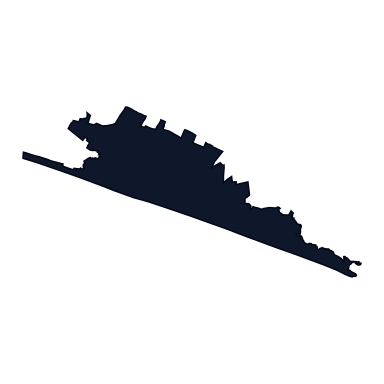 Benito Juárez, Guerrero, Mexico
{"feature_id": "50627088B69658113715616", "entity_name": "Benito Juárez", "entity_type": "district", "adm_level": 2, "iso_a3": "MEX", "parent_name": "Mexico", "parent_adm1": "Guerrero", "projection": "orthographic", "projection_center": [-100.362, 17.086], "detail": "fine", "context": "isolated", "style": "filled", "palette": "ink", "viewbox_px": 384, "rotation_deg": 0, "n_neighbors": 0, "source": "geoboundaries", "source_scale": "gbopen_adm2", "svg_char_len": 5913}
<svg xmlns="http://www.w3.org/2000/svg" viewBox="0 0 384 384"><path d="M291.1,210.9L288.7,215.1L282.7,214.8L281.6,213.7L279.6,212.5L278.8,210.1L279.4,208.4L280.0,208.4L279.4,207.6L278.7,207.3L278.1,207.1L277.3,207.2L275.5,208.2L274.4,207.9L269.1,207.6L263.8,208.5L262.7,209.0L260.8,209.1L257.7,207.9L255.4,207.5L253.1,206.7L252.6,207.1L251.9,208.7L251.2,209.1L250.7,208.8L250.4,208.5L250.3,207.9L250.9,206.5L250.9,206.0L250.3,205.2L248.8,203.7L244.9,203.4L245.0,200.0L244.7,199.4L245.9,197.5L246.6,197.5L247.0,197.4L247.3,196.7L247.4,195.8L247.9,195.7L248.5,196.1L249.2,195.5L249.5,194.7L247.9,181.9L236.0,184.6L236.3,181.8L232.3,181.9L231.6,176.5L227.1,179.5L225.9,180.8L223.4,182.7L223.5,175.5L224.1,167.6L224.0,165.0L222.9,165.4L221.3,163.9L220.2,162.7L211.7,167.6L214.6,161.6L222.7,151.5L213.3,147.1L212.3,146.6L212.5,146.1L209.6,144.4L209.4,144.6L208.3,144.2L208.2,144.3L205.8,142.6L203.7,147.3L195.4,143.9L193.7,143.0L192.7,142.4L193.9,140.3L195.4,136.2L195.8,135.5L195.4,135.1L192.8,133.4L188.2,131.0L184.9,129.7L184.4,130.4L183.7,131.9L182.1,135.8L180.9,138.1L177.9,136.1L173.3,133.6L172.4,132.9L168.7,131.0L163.2,129.5L163.6,126.4L164.0,126.6L164.3,125.3L163.5,125.0L163.7,124.7L164.9,123.1L165.2,121.7L160.9,119.8L160.5,121.1L159.2,123.4L158.4,124.6L157.6,125.6L156.6,127.2L156.3,128.0L156.3,129.2L152.1,128.8L148.2,127.2L145.7,125.9L145.5,126.0L144.8,127.3L141.4,126.7L141.7,126.3L141.2,125.7L140.9,125.6L141.9,123.8L143.4,121.0L145.0,119.0L146.1,116.3L145.1,115.8L144.0,115.7L142.4,114.7L140.8,113.9L138.9,113.3L137.1,112.5L136.7,113.3L136.2,112.3L136.4,111.8L136.1,111.7L134.1,110.8L133.2,110.1L130.4,108.5L127.1,107.1L125.5,107.1L123.9,110.3L123.0,111.3L121.5,113.6L120.3,115.0L117.2,120.4L115.2,123.5L112.8,124.5L106.8,125.7L102.3,125.9L96.6,123.4L96.4,123.4L93.9,124.9L88.1,123.5L88.0,123.3L88.2,123.1L88.9,119.8L89.7,117.8L89.7,117.2L90.4,115.5L87.1,112.8L87.3,115.1L87.1,115.7L87.2,116.5L86.7,117.4L86.2,118.0L85.9,118.5L85.4,118.4L84.9,118.5L84.0,118.4L83.1,118.8L82.4,119.0L81.7,118.9L80.9,118.6L80.0,118.9L79.1,121.9L74.6,120.8L73.3,120.6L73.4,121.3L71.0,123.4L68.2,128.6L82.8,140.4L84.9,137.3L87.3,138.5L86.6,140.5L89.8,142.7L88.2,144.9L86.9,147.8L89.9,149.9L90.3,149.9L90.6,150.1L92.5,150.5L94.3,150.4L95.2,150.5L97.4,151.1L97.5,151.1L97.2,151.9L99.1,153.4L98.6,154.7L99.8,155.1L98.3,158.9L95.1,157.8L94.7,158.8L92.7,158.0L91.9,158.8L90.5,157.5L88.5,158.2L85.0,160.6L84.6,161.0L84.0,161.2L84.7,162.9L83.2,164.9L83.5,168.5L81.9,169.3L80.6,168.1L79.4,169.0L74.0,168.3L73.1,169.8L62.7,166.2L63.0,164.0L50.8,160.8L48.5,159.8L45.8,158.8L45.3,158.8L45.0,159.0L44.8,158.6L43.8,158.2L41.8,157.6L39.4,156.8L34.3,155.6L26.4,153.0L23.4,152.2L23.0,158.3L37.8,162.9L61.9,171.2L65.8,172.6L80.2,177.7L103.2,186.3L115.4,191.1L131.0,196.7L133.1,197.5L141.5,199.8L148.4,201.8L163.5,206.8L190.7,216.1L211.6,223.6L224.8,228.3L247.6,237.0L275.8,247.4L295.3,254.3L317.1,262.4L326.3,265.9L335.2,269.5L337.3,270.4L345.0,274.3L349.5,276.2L351.2,276.7L352.3,276.9L354.0,276.0L354.9,276.0L355.3,276.1L355.2,276.3L355.7,276.4L356.2,275.5L356.2,274.9L356.1,274.6L355.4,273.8L354.6,273.4L353.9,272.9L352.2,272.2L351.8,271.9L350.7,271.2L349.9,270.4L348.5,269.7L348.2,269.4L348.1,269.0L348.3,268.5L348.7,267.9L348.9,266.5L349.3,265.2L349.2,265.0L349.4,264.7L350.6,264.3L352.1,262.5L353.1,262.4L353.5,262.0L354.6,261.9L355.1,262.3L355.2,262.9L355.8,263.6L357.7,264.8L357.8,264.6L358.0,264.6L358.4,264.8L358.6,265.0L358.8,264.8L359.7,265.0L360.6,264.5L360.9,263.7L361.0,263.3L360.9,263.2L360.6,263.4L359.5,263.0L359.1,262.7L358.8,262.7L358.6,262.6L358.8,262.2L358.6,262.2L358.5,261.7L358.3,261.7L358.0,262.3L357.8,262.1L357.1,262.0L356.4,261.7L355.9,261.8L355.3,261.5L354.2,261.7L353.1,261.3L352.7,261.5L352.1,261.6L350.5,261.3L349.5,260.6L347.4,258.2L346.8,257.9L345.9,257.5L345.1,256.6L344.7,256.5L343.7,256.6L343.7,257.1L343.9,257.3L343.9,257.5L344.0,257.7L343.8,258.9L344.0,259.3L344.4,259.7L344.3,260.1L344.0,260.8L343.6,261.0L343.4,260.9L342.9,260.6L342.3,259.7L342.0,259.5L341.4,258.7L339.3,257.2L338.3,256.7L337.9,256.3L337.4,256.1L336.0,255.6L334.6,254.9L333.8,254.1L333.7,253.0L333.0,251.8L332.3,251.3L331.6,251.1L330.8,250.5L329.9,250.5L329.6,250.3L329.1,249.3L328.0,248.9L327.0,249.0L326.9,249.2L326.3,248.9L325.8,248.9L325.4,248.7L324.8,248.8L324.7,248.9L324.6,248.7L323.9,248.3L323.4,248.3L322.7,247.8L322.4,247.7L322.4,247.9L321.7,248.1L321.0,248.1L320.1,248.4L319.9,248.7L319.4,249.0L319.0,249.6L318.6,249.7L318.3,249.6L318.0,249.3L317.6,249.2L317.1,249.2L316.8,249.0L317.2,248.4L317.1,247.6L317.2,247.2L317.2,246.9L316.7,246.3L316.5,246.2L316.1,246.3L315.9,246.2L315.7,245.8L315.8,245.1L315.2,244.8L314.9,244.9L314.4,244.7L314.2,244.8L313.6,244.7L312.9,244.8L311.8,244.6L311.7,244.4L311.7,244.0L311.6,243.8L311.3,243.6L311.0,243.6L310.9,243.8L310.4,243.5L309.5,243.4L308.9,243.5L307.7,244.1L307.1,244.1L306.2,243.8L305.5,243.2L305.3,243.3L304.9,243.2L304.4,242.9L304.5,242.7L304.2,242.5L303.9,241.8L303.9,241.4L302.7,239.6L302.2,237.7L301.5,236.4L301.1,236.0L300.7,235.8L300.5,235.4L300.2,235.3L300.1,235.6L300.3,235.7L300.2,235.9L299.6,235.9L299.1,235.7L297.8,236.0L297.3,235.9L296.0,234.7L295.9,234.3L296.1,234.1L296.5,234.3L297.1,234.1L297.4,234.2L298.7,233.9L299.0,234.2L299.5,234.3L300.1,233.7L300.4,232.8L300.5,232.1L300.4,228.8L301.0,227.6L301.3,226.5L301.2,225.6L301.1,225.4L300.8,225.5L300.6,225.7L300.7,226.1L300.4,226.2L300.0,225.7L300.3,225.2L300.2,225.1L300.2,224.7L299.9,224.7L299.9,224.9L299.5,225.0L299.2,225.0L299.2,224.7L298.9,224.2L297.7,224.2L297.2,224.1L296.9,223.8L297.0,223.3L296.7,223.0L296.0,221.9L295.5,221.5L295.4,221.3L295.5,221.2L295.0,220.7L294.8,220.3L294.4,219.9L294.2,219.3L293.6,219.1L293.5,218.8L293.8,218.1L293.4,218.1L293.1,218.3L293.3,218.8L293.2,219.1L293.4,219.5L292.9,219.7L292.4,219.3L291.6,217.5L291.8,216.6L292.1,217.4L292.4,216.9L292.3,216.4L292.0,216.3L292.4,216.0L292.6,214.3L293.3,213.1L291.1,210.9Z" fill="#0f172a" stroke="#020617" stroke-width="1.5"/></svg>